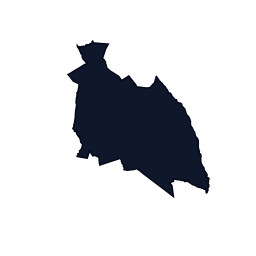 the district of Murehwa, Mashonaland East, Zimbabwe, rotated 148°
{"feature_id": "62879985B35130574204282", "entity_name": "Murehwa", "entity_type": "district", "adm_level": 2, "iso_a3": "ZWE", "parent_name": "Zimbabwe", "parent_adm1": "Mashonaland East", "projection": "equal_earth", "projection_center": [31.759, -17.8], "detail": "fine", "context": "isolated", "style": "filled", "palette": "ink", "viewbox_px": 256, "rotation_deg": 148, "n_neighbors": 0, "source": "geoboundaries", "source_scale": "gbopen_adm2", "svg_char_len": 5620}
<svg xmlns="http://www.w3.org/2000/svg" viewBox="0 0 256 256"><g transform="rotate(148 128 128)"><path d="M76.7,156.7L81.4,152.4L88.0,150.6L91.0,152.0L98.8,158.3L98.5,161.4L98.8,162.3L98.8,163.0L99.1,163.7L99.0,164.8L99.2,165.8L99.2,166.5L99.4,167.3L99.4,168.5L99.7,169.7L99.6,171.2L99.8,171.7L108.8,171.6L108.3,172.4L108.5,176.6L111.3,182.5L112.8,185.5L114.2,190.1L113.9,191.2L113.7,191.5L113.5,192.2L113.0,194.0L112.9,194.7L112.1,196.0L112.2,197.2L112.1,198.0L112.1,198.7L112.3,198.9L112.7,200.7L108.7,203.9L105.3,206.8L100.3,209.6L108.9,216.0L112.2,218.5L111.9,220.4L112.6,220.3L113.1,219.7L113.5,219.1L114.0,219.1L115.9,219.6L116.6,219.3L117.1,219.2L118.7,220.4L119.4,220.4L119.7,220.6L119.9,220.6L120.1,220.4L120.2,220.1L120.5,219.9L120.8,219.9L121.1,220.1L121.5,219.9L122.1,220.3L122.3,220.8L122.5,221.0L123.6,221.2L123.9,221.5L124.7,221.8L126.2,222.5L127.1,223.4L127.3,223.9L127.4,224.2L127.4,224.4L127.4,224.5L127.7,224.0L127.7,223.7L127.8,223.6L127.8,223.1L127.6,222.2L127.8,221.3L127.7,220.5L127.8,219.5L128.1,218.6L127.9,217.9L128.1,217.5L128.2,216.7L128.5,216.1L128.5,215.9L128.0,215.1L128.0,214.5L128.4,213.9L129.5,211.8L129.5,211.6L129.5,211.4L129.3,210.9L129.3,210.5L129.5,210.1L129.5,209.9L129.0,207.6L129.1,206.8L128.9,206.4L128.6,206.1L128.6,205.1L128.5,204.7L129.6,204.5L131.4,204.8L137.9,204.8L142.1,205.0L144.8,204.9L149.1,205.0L150.5,205.2L149.9,200.8L149.5,196.7L146.6,192.2L146.0,190.9L146.6,190.6L147.1,190.2L147.9,188.7L148.9,188.0L149.5,187.1L151.1,185.6L151.5,185.1L151.8,184.9L152.5,185.0L152.7,184.8L153.2,183.7L153.3,183.0L153.5,182.8L153.8,182.6L154.0,182.7L155.1,181.4L155.9,180.5L156.2,180.4L156.4,180.1L156.8,179.3L157.2,178.8L157.5,178.4L158.2,177.8L158.5,177.0L158.9,176.4L159.0,175.5L159.2,174.9L160.0,174.1L160.5,173.4L160.8,173.2L161.1,172.6L161.5,172.3L163.7,169.8L165.9,166.7L167.1,164.8L167.5,164.5L169.2,162.4L170.8,160.6L171.6,160.0L172.8,158.6L173.4,157.6L173.9,157.4L174.5,157.2L175.0,156.8L175.0,156.3L174.7,155.2L174.6,154.3L175.1,153.8L175.0,153.3L174.8,153.2L174.3,153.0L173.9,152.6L173.9,152.3L173.9,151.6L174.3,151.0L174.4,150.3L174.7,149.5L174.5,148.6L174.4,146.5L174.2,144.8L174.5,143.7L174.9,142.7L175.2,141.5L175.5,141.3L175.6,141.1L175.6,140.8L175.4,140.2L175.3,139.0L175.0,138.2L175.2,137.6L175.5,137.4L175.9,137.4L176.3,137.1L176.6,136.7L176.8,135.9L177.1,135.6L177.7,135.7L178.1,135.3L179.6,134.5L181.1,134.3L182.0,132.8L182.2,132.6L183.7,132.5L184.0,132.7L184.4,132.0L184.6,131.8L185.4,131.3L185.8,131.2L186.2,130.8L178.6,124.0L172.7,128.9L172.6,123.0L170.7,122.4L168.1,118.5L169.9,115.3L170.9,113.2L171.5,111.4L168.1,110.7L150.7,106.4L150.5,104.5L151.2,103.3L151.3,102.5L151.2,102.0L151.6,101.6L151.8,101.2L151.7,100.5L151.4,100.2L151.3,99.5L151.4,98.6L151.9,98.3L152.2,97.9L152.3,97.6L152.1,97.2L152.2,96.2L152.8,95.3L153.3,95.1L153.4,94.7L150.9,92.5L144.5,89.5L142.4,89.0L142.2,88.9L141.7,88.2L141.4,87.2L140.6,85.5L139.3,81.5L131.4,60.7L130.1,57.4L126.4,47.4L125.8,45.8L121.2,56.0L122.0,59.3L121.3,59.0L120.6,59.2L119.9,59.0L119.6,59.3L119.0,59.2L118.0,58.7L117.6,58.7L117.4,58.9L117.2,59.6L117.0,60.1L116.4,60.3L115.7,60.1L115.2,59.7L113.4,57.9L111.9,56.9L111.1,56.0L110.7,55.8L110.4,55.1L109.8,54.8L109.0,54.8L108.8,54.3L108.6,53.9L108.4,52.8L108.2,52.5L107.7,52.4L106.9,51.9L106.6,51.8L105.9,52.6L105.6,52.1L105.4,51.4L105.5,50.6L104.9,49.9L104.4,48.4L104.1,47.9L103.6,46.5L103.1,45.6L102.8,45.2L102.1,44.6L101.4,43.2L101.0,43.1L100.4,42.5L100.4,42.2L100.6,41.8L100.6,41.6L100.4,41.3L100.0,41.2L99.2,40.0L98.8,39.9L98.4,39.3L97.8,38.9L97.5,38.0L96.6,37.3L95.8,35.8L95.2,35.1L94.7,34.8L94.7,34.4L94.9,34.2L95.0,33.4L95.6,32.5L95.9,31.5L94.9,31.5L94.5,31.9L94.1,32.6L93.6,32.6L93.4,32.8L93.2,32.8L92.9,33.3L92.6,33.7L92.0,35.4L91.1,35.2L90.6,35.5L90.4,35.8L89.7,36.8L89.6,37.8L89.4,38.7L88.2,39.8L87.5,41.1L86.9,41.7L86.3,41.9L86.0,42.3L86.3,42.8L86.4,43.4L86.7,43.8L87.0,44.1L87.2,45.1L87.6,45.6L87.6,45.9L87.4,46.1L86.7,46.1L86.2,45.8L85.7,46.3L85.7,47.5L85.5,48.8L85.7,49.6L85.5,50.2L85.8,50.4L85.9,50.7L85.9,51.5L85.7,52.2L84.8,53.6L84.7,53.9L84.9,54.5L84.8,55.3L85.1,56.1L85.0,57.1L84.7,57.9L84.9,58.5L84.9,58.8L84.8,59.1L84.5,59.5L84.4,59.8L84.5,60.3L84.1,61.1L83.2,62.2L83.0,62.8L82.8,63.4L82.2,64.2L81.8,64.4L81.0,65.4L80.4,67.0L80.4,67.6L80.5,67.8L81.1,68.4L81.3,68.8L80.8,69.4L80.0,70.1L79.8,70.5L79.6,71.8L79.4,72.5L79.1,72.8L79.0,73.0L78.8,74.3L78.2,75.1L77.9,75.8L77.7,76.0L76.8,77.3L74.9,80.4L75.2,81.2L75.1,81.5L74.6,82.1L74.6,82.4L75.0,83.2L74.9,83.5L75.1,83.9L75.1,84.4L74.9,85.9L74.7,86.8L74.3,87.6L74.0,88.5L73.7,89.2L73.7,89.6L73.9,90.3L73.9,92.1L73.6,93.1L73.4,94.1L73.4,94.4L73.7,94.7L73.8,94.9L73.6,95.6L73.5,96.5L73.6,96.9L73.9,97.5L73.1,98.0L72.8,98.3L72.5,98.9L71.9,100.6L71.4,100.6L71.4,101.5L70.8,102.9L70.8,103.9L70.6,105.6L70.9,106.1L70.9,106.7L71.1,107.3L71.2,108.7L70.9,110.3L70.2,112.2L69.8,114.5L69.9,115.0L70.2,115.5L70.4,116.3L70.2,116.9L70.2,117.1L70.5,117.7L70.5,118.6L70.5,118.9L69.8,119.8L70.1,120.2L70.2,120.5L70.2,121.0L70.3,121.3L70.7,121.2L70.9,121.6L71.3,121.8L71.5,122.3L71.7,122.5L72.1,123.1L72.4,123.1L72.6,123.2L72.6,124.5L72.2,125.4L72.1,126.3L72.3,126.3L72.6,126.9L73.0,127.1L73.4,127.4L73.3,129.2L73.8,130.7L73.8,131.1L73.7,131.3L73.7,131.7L73.9,132.4L73.7,133.0L73.5,133.5L73.5,133.8L73.7,134.3L73.7,135.0L73.8,135.4L74.5,135.9L74.6,136.5L75.0,137.3L75.0,137.8L74.7,138.2L74.4,138.9L74.5,139.5L74.6,140.3L74.8,140.8L74.7,141.5L74.7,143.6L74.8,144.1L75.2,144.7L75.4,145.1L75.3,147.4L75.5,147.7L75.7,148.6L75.9,149.0L76.0,150.1L76.2,150.8L76.7,151.7L76.7,151.9L76.4,152.4L76.5,153.4L76.4,153.9L76.4,154.2L76.6,154.6L76.5,156.6L76.7,156.7Z" fill="#0f172a" stroke="#020617" stroke-width="1.5"/></g></svg>